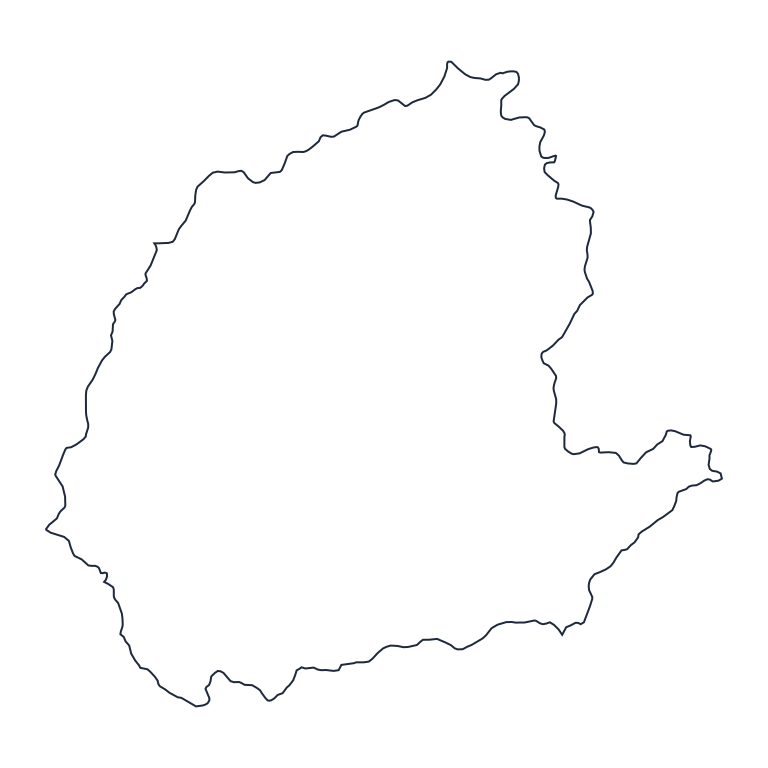 Ngan Son, Bắc Kạn, Vietnam
{"feature_id": "81297802B68784640933993", "entity_name": "Ngan Son", "entity_type": "district", "adm_level": 2, "iso_a3": "VNM", "parent_name": "Vietnam", "parent_adm1": "Bắc Kạn", "projection": "orthographic", "projection_center": [106.019, 22.43], "detail": "fine", "context": "isolated", "style": "outline", "palette": "slate", "viewbox_px": 768, "rotation_deg": 0, "n_neighbors": 0, "source": "geoboundaries", "source_scale": "gbopen_adm2", "svg_char_len": 6050}
<svg xmlns="http://www.w3.org/2000/svg" viewBox="0 0 768 768"><path d="M120.4,634.3L123.7,636.9L125.6,641.4L129.2,645.5L131.2,653.6L135.1,660.4L139.3,665.7L140.2,667.8L147.5,669.3L150.6,672.1L154.6,676.4L157.6,680.6L158.4,684.1L159.8,686.2L165.3,689.5L169.5,692.8L177.8,697.3L181.3,697.8L196.0,706.4L202.5,705.5L204.9,704.8L207.6,703.3L209.4,700.3L209.3,698.0L205.5,688.9L206.4,687.0L209.1,685.0L210.5,681.3L211.2,676.7L211.8,675.9L214.7,673.1L217.7,671.0L220.3,671.2L223.5,672.9L230.5,681.1L233.9,682.2L239.0,682.0L241.5,683.0L244.5,684.8L252.2,685.2L256.8,687.9L260.1,690.3L261.8,693.1L265.2,697.8L267.6,700.4L269.4,700.7L271.2,700.3L274.0,698.6L277.8,694.9L282.6,693.2L286.9,687.4L289.2,685.5L293.2,680.3L295.2,675.0L296.7,670.3L299.4,668.9L301.4,667.3L305.5,668.5L313.6,667.6L318.2,669.7L321.6,670.2L325.9,670.0L333.6,670.9L338.6,670.2L341.4,664.9L353.8,663.2L356.3,662.3L364.0,662.3L368.8,661.6L372.6,658.6L377.5,653.2L383.1,648.4L386.5,646.8L390.5,645.6L393.7,645.7L397.6,646.0L403.5,647.2L407.9,647.0L416.9,645.0L420.8,641.4L422.9,639.8L429.4,639.7L437.1,638.9L445.5,642.5L451.0,645.2L454.7,648.3L457.7,649.4L462.7,649.2L467.8,646.5L471.5,645.0L482.5,638.5L486.0,635.3L491.6,628.2L497.5,624.7L506.3,622.1L511.8,622.0L515.5,622.6L524.6,622.5L534.4,620.5L536.0,620.8L540.0,623.3L542.8,624.2L546.2,623.6L549.9,622.3L554.1,625.0L558.5,629.3L562.2,634.8L566.2,627.2L570.2,625.6L575.5,622.8L578.2,622.9L580.7,624.2L583.9,622.3L590.0,606.1L592.2,599.1L592.3,597.0L589.1,590.1L588.7,586.2L589.0,583.4L590.1,579.7L594.5,574.2L600.0,572.1L606.2,569.2L610.6,566.2L613.4,562.7L616.3,557.7L621.5,550.4L624.8,549.9L627.1,549.2L630.9,545.1L634.5,542.4L638.1,537.4L638.6,534.3L641.9,531.5L649.8,526.6L657.7,520.1L662.9,517.1L672.4,510.1L674.5,505.5L676.2,501.1L676.6,497.0L677.6,492.9L678.9,491.7L686.2,489.1L688.9,486.6L691.9,485.6L696.6,485.2L700.8,483.0L704.1,480.7L707.5,479.2L710.0,479.6L712.4,481.3L714.2,481.3L718.5,480.7L721.9,478.6L720.6,473.4L717.0,471.6L712.2,470.8L709.8,469.0L708.6,464.8L709.5,458.7L709.5,455.3L711.2,450.7L711.2,449.4L709.5,448.3L705.2,446.3L700.3,445.4L694.7,446.8L691.2,447.0L690.3,445.4L689.9,441.1L690.8,436.3L690.3,435.3L683.5,434.7L675.1,431.2L671.3,430.4L668.0,430.7L666.8,431.4L665.8,434.9L662.5,441.1L657.3,444.4L653.2,448.9L646.1,452.3L640.9,457.9L636.4,463.4L633.4,463.9L627.5,463.4L623.5,462.4L621.9,460.4L618.8,455.5L615.8,452.9L608.5,452.2L600.3,452.6L599.0,452.1L598.7,448.7L597.6,447.1L596.0,447.1L593.2,447.6L588.3,449.1L579.5,453.4L573.6,454.2L571.7,453.7L568.1,451.5L565.0,448.8L564.4,446.9L564.4,436.5L564.8,434.7L564.4,433.0L563.1,430.8L558.7,426.6L554.3,423.0L553.6,421.4L555.9,405.7L556.2,403.5L556.2,399.3L553.8,390.6L553.5,387.8L554.3,383.7L556.2,378.1L556.0,375.9L551.1,368.6L548.5,365.6L543.7,363.2L542.4,360.4L541.4,357.5L541.4,355.6L541.7,353.6L543.1,351.9L546.5,350.5L552.8,345.7L558.6,339.6L562.1,337.1L569.8,323.6L574.3,314.0L577.2,310.8L579.9,305.1L587.5,297.5L592.2,294.7L592.8,293.9L592.7,291.1L589.1,282.0L587.0,278.5L584.9,272.2L584.5,269.7L584.9,266.4L587.6,257.7L587.5,254.5L586.8,250.2L587.2,246.5L590.9,233.4L590.8,227.7L590.1,222.5L590.0,219.9L592.3,216.4L593.6,211.9L592.5,209.9L590.9,208.2L589.3,207.4L581.9,205.6L573.3,201.6L566.9,199.5L561.9,198.7L556.8,198.7L555.8,197.8L555.7,195.4L558.2,186.9L558.5,184.4L557.9,183.0L554.2,180.7L547.5,175.0L544.6,172.0L544.1,168.2L544.9,164.6L546.8,163.1L549.6,162.5L554.2,162.3L554.9,160.9L556.1,156.0L555.5,155.6L553.7,156.1L548.6,157.9L544.8,158.0L542.8,157.6L541.3,156.5L539.5,150.9L539.4,146.6L540.3,142.0L543.9,135.4L544.9,131.8L544.3,129.5L540.2,127.4L535.9,126.1L534.1,125.1L529.1,118.2L527.3,117.3L524.9,117.2L519.1,117.5L510.8,119.9L505.1,118.9L502.7,117.4L501.5,116.1L500.9,113.8L500.8,110.6L501.3,105.1L501.2,100.4L501.7,99.1L504.6,95.9L513.9,88.9L518.1,84.2L518.9,80.5L518.9,77.4L518.0,73.8L516.4,71.9L513.3,71.3L510.2,71.4L507.1,71.8L502.7,73.3L500.4,72.8L495.9,74.4L491.2,78.2L488.8,79.7L485.3,79.8L480.4,78.4L474.6,78.0L470.2,77.0L465.2,74.3L458.0,68.4L451.3,61.8L448.6,61.6L447.6,62.2L447.1,64.1L447.1,68.1L444.3,76.7L440.3,84.3L436.3,89.4L431.0,94.7L425.3,97.9L417.6,100.2L412.4,102.3L407.5,105.6L405.2,106.1L398.1,100.5L394.8,100.0L388.9,101.9L383.8,104.9L378.8,107.4L364.3,112.5L362.4,113.8L360.2,117.0L358.5,120.5L357.4,125.8L356.1,126.8L350.0,129.7L341.4,131.7L333.9,136.6L331.0,136.8L325.7,135.6L322.8,135.3L320.5,137.3L318.9,141.2L312.2,147.0L308.2,150.0L305.5,151.4L303.2,152.0L298.3,151.8L293.1,152.0L289.6,153.9L287.3,156.0L284.8,163.1L281.8,170.1L279.9,171.9L270.7,173.0L264.7,180.0L259.8,182.4L255.6,182.9L252.9,182.1L248.0,178.3L243.6,172.1L241.3,170.8L238.3,171.2L234.5,172.3L224.7,172.5L217.7,171.6L212.8,172.7L209.0,175.8L203.9,181.0L197.5,186.7L196.1,189.9L195.3,195.4L195.0,201.9L194.5,203.7L191.8,207.0L190.1,210.2L185.7,220.6L181.1,226.1L178.8,229.3L174.8,239.2L172.7,241.8L168.6,242.9L159.2,243.3L154.3,243.3L155.6,245.3L156.4,247.4L156.8,250.2L150.6,265.5L145.5,273.5L145.5,274.9L146.7,278.4L146.9,280.9L144.3,283.4L142.5,285.9L140.3,287.8L137.4,288.1L135.2,289.3L131.2,292.3L127.7,293.7L126.0,294.6L124.3,296.9L121.2,300.2L119.6,303.9L115.1,308.9L113.7,311.5L113.8,314.1L115.4,320.0L114.9,321.4L113.0,324.2L112.6,331.5L111.0,335.4L112.4,341.0L111.4,349.4L110.1,352.0L104.7,357.0L101.9,360.6L97.8,368.2L95.3,374.4L92.6,379.8L87.9,386.6L86.3,390.7L85.9,395.4L86.0,412.5L86.3,415.7L87.3,420.6L88.2,423.9L88.2,427.5L86.1,434.1L85.8,436.4L83.5,439.2L76.5,444.4L71.2,447.2L66.6,447.9L65.3,449.5L63.1,454.8L59.1,465.5L56.1,471.4L55.2,474.7L55.8,476.0L62.6,486.4L65.1,496.7L65.3,505.6L64.5,507.6L60.5,511.3L58.8,513.8L56.9,518.4L49.2,524.8L46.1,529.0L46.3,529.9L50.7,532.7L64.1,536.9L68.9,540.9L70.7,547.3L73.1,553.5L74.5,555.9L81.7,559.4L88.3,565.4L91.5,565.9L95.1,565.8L97.3,566.6L99.0,568.1L100.8,573.0L102.5,573.2L104.8,572.6L106.7,573.2L107.0,574.0L107.0,576.6L105.9,579.8L104.1,581.9L108.3,584.0L112.9,587.1L113.4,588.1L113.8,589.8L113.8,596.0L114.1,597.7L115.4,599.9L118.1,602.9L121.9,613.7L122.5,618.8L122.7,624.4L122.4,626.8L120.8,631.6L120.4,634.3Z" fill="none" stroke="#1e293b" stroke-width="2"/></svg>